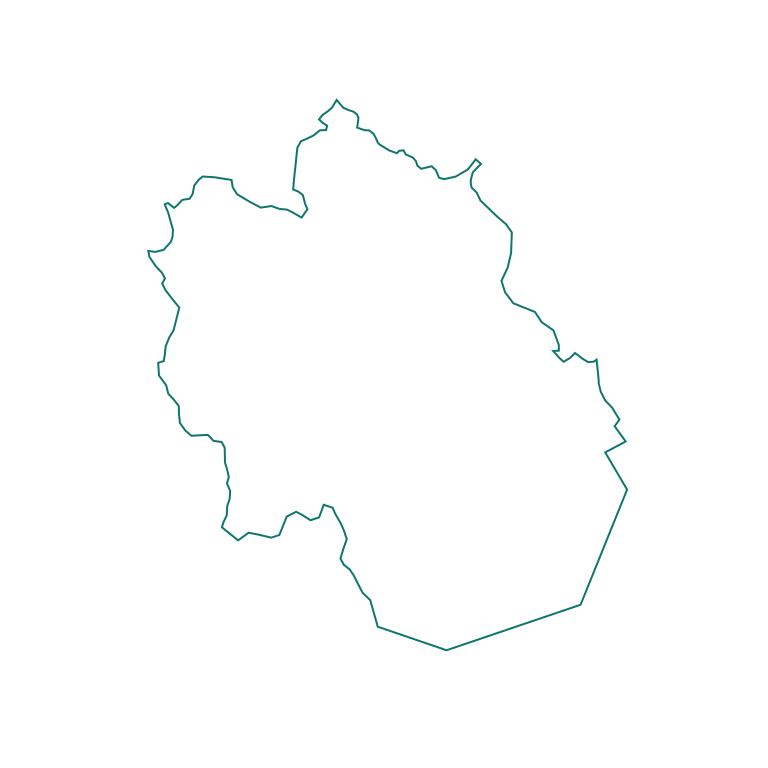 the district of Jeli, Kelantan, Malaysia, rotated 337°
{"feature_id": "92858781B21811088790673", "entity_name": "Jeli", "entity_type": "district", "adm_level": 2, "iso_a3": "MYS", "parent_name": "Malaysia", "parent_adm1": "Kelantan", "projection": "mercator", "projection_center": [101.818, 5.58], "detail": "fine", "context": "isolated", "style": "outline", "palette": "teal", "viewbox_px": 768, "rotation_deg": 337, "n_neighbors": 0, "source": "geoboundaries", "source_scale": "gbopen_adm2", "svg_char_len": 2398}
<svg xmlns="http://www.w3.org/2000/svg" viewBox="0 0 768 768"><g transform="rotate(337 384 384)"><path d="M451.4,104.0L444.3,109.2L438.9,111.0L432.6,112.3L427.6,115.0L429.4,119.5L432.6,124.0L429.9,127.6L424.0,125.4L416.8,127.6L409.2,128.1L402.5,128.1L396.6,132.6L389.9,144.7L380.9,160.9L376.4,169.4L380.4,173.5L383.1,178.4L381.8,187.4L381.8,193.2L373.2,198.6L367.4,191.0L362.9,185.6L356.2,182.0L349.9,176.2L344.5,174.8L339.5,173.5L331.4,163.6L322.9,151.9L321.6,143.8L323.4,136.6L309.0,127.6L298.2,122.2L293.2,123.6L286.9,127.2L282.0,134.4L277.5,137.5L270.3,135.7L263.1,138.9L259.5,139.8L255.9,133.0L252.3,133.0L252.3,142.0L251.0,151.4L250.1,159.5L246.9,165.8L243.3,169.9L233.5,174.4L224.9,173.0L219.1,169.4L217.7,175.3L220.0,186.5L223.1,195.0L223.6,201.3L219.1,204.9L219.5,212.1L222.2,222.5L225.4,233.7L215.9,246.3L211.0,252.6L204.7,257.1L197.9,263.8L193.9,271.0L190.3,276.8L184.4,276.3L180.2,288.3L183.0,300.2L181.6,308.6L184.4,316.3L186.5,324.1L183.7,331.1L180.9,340.2L183.0,349.4L186.5,356.4L202.0,362.0L204.8,369.7L211.8,373.9L212.5,380.3L206.9,394.3L206.2,401.3L204.8,409.1L200.6,414.0L200.6,422.4L197.1,429.4L192.1,435.0L187.9,443.5L182.3,448.4L178.8,452.6L188.6,470.9L201.3,468.0L209.7,473.7L220.2,481.4L228.7,482.1L242.7,468.0L253.2,467.3L257.4,472.3L263.1,480.7L272.2,481.4L281.3,471.6L288.4,477.9L288.4,484.2L289.8,496.1L289.8,503.9L289.1,512.3L282.7,519.3L275.7,527.7L276.4,534.8L279.9,541.1L281.3,548.1L282.7,567.8L286.9,577.6L283.7,602.8L283.4,605.0L337.5,653.5L478.7,664.0L566.5,576.2L560.9,533.4L584.0,531.3L579.8,513.0L586.8,508.8L584.7,494.7L581.2,485.6L580.5,475.8L581.9,467.3L583.3,463.8L589.2,444.7L585.9,445.4L580.5,443.6L576.9,438.7L571.9,430.1L565.2,432.8L558.0,433.7L555.7,428.8L552.6,419.8L558.0,421.6L560.2,416.2L560.9,400.8L553.3,388.7L551.1,376.7L534.6,360.2L531.3,347.0L532.4,335.0L543.4,325.1L552.2,313.0L560.9,294.4L558.7,284.5L553.3,273.5L544.5,252.7L544.1,244.0L541.4,237.3L542.3,233.2L543.6,230.1L548.5,223.8L559.3,219.3L556.2,213.0L549.9,216.6L545.0,219.3L531.0,221.1L519.3,218.9L515.3,215.7L515.3,212.1L515.3,207.6L513.0,202.2L502.3,200.4L500.0,195.9L500.5,191.4L499.1,187.0L493.7,181.1L493.3,176.6L489.2,175.3L486.1,176.6L480.2,171.2L473.5,161.8L472.6,159.5L472.6,154.6L472.1,149.6L469.4,144.7L465.4,142.9L459.5,137.5L464.5,129.0L464.5,125.4L462.2,121.3L459.1,118.6L454.6,114.1L453.3,110.1L451.4,104.0Z" fill="none" stroke="#0f766e" stroke-width="2"/></g></svg>